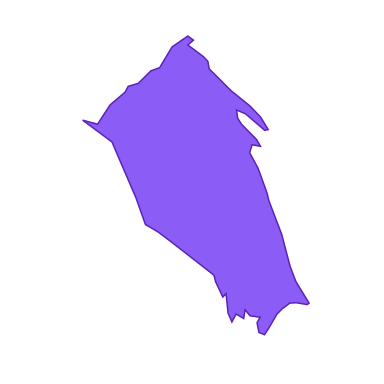 Cumberland, Pennsylvania, United States of America (Robinson projection), rotated 79°
{"feature_id": "52423323B93457289425751", "entity_name": "Cumberland", "entity_type": "district", "adm_level": 2, "iso_a3": "USA", "parent_name": "United States of America", "parent_adm1": "Pennsylvania", "projection": "robinson", "projection_center": [-77.222, 40.136], "detail": "fine", "context": "isolated", "style": "filled", "palette": "violet", "viewbox_px": 384, "rotation_deg": 79, "n_neighbors": 0, "source": "geoboundaries", "source_scale": "gbopen_adm2", "svg_char_len": 934}
<svg xmlns="http://www.w3.org/2000/svg" viewBox="0 0 384 384"><g transform="rotate(79 192 192)"><path d="M323.4,98.3L299.7,107.1L283.5,109.9L250.8,112.0L215.2,118.2L207.5,118.5L181.3,122.6L164.4,127.9L157.1,124.0L160.2,116.1L153.0,118.5L135.2,130.3L128.3,133.1L120.0,132.6L125.5,124.5L145.3,108.9L145.3,105.3L131.5,110.4L118.6,118.7L99.8,134.5L74.4,151.6L66.8,151.5L61.3,155.0L46.9,168.0L43.2,161.6L38.1,166.4L45.8,183.9L63.8,200.1L65.2,209.2L75.1,224.0L76.1,234.5L81.2,238.6L90.9,255.8L107.4,271.8L100.6,285.7L120.6,267.4L127.7,261.0L147.7,256.7L187.2,248.1L215.1,243.9L218.1,240.4L224.6,233.1L234.4,224.2L257.3,204.2L277.9,186.3L284.4,186.0L301.0,181.8L298.3,178.0L317.9,179.7L327.2,177.6L320.2,172.0L326.1,165.4L317.7,162.4L324.6,158.7L327.9,149.1L332.8,153.1L342.7,153.1L345.9,148.0L340.2,142.5L328.1,131.9L323.9,125.8L319.7,117.2L320.6,110.8L324.5,100.4L323.4,98.3Z" fill="#8b5cf6" stroke="#5b21b6" stroke-width="1.5"/></g></svg>